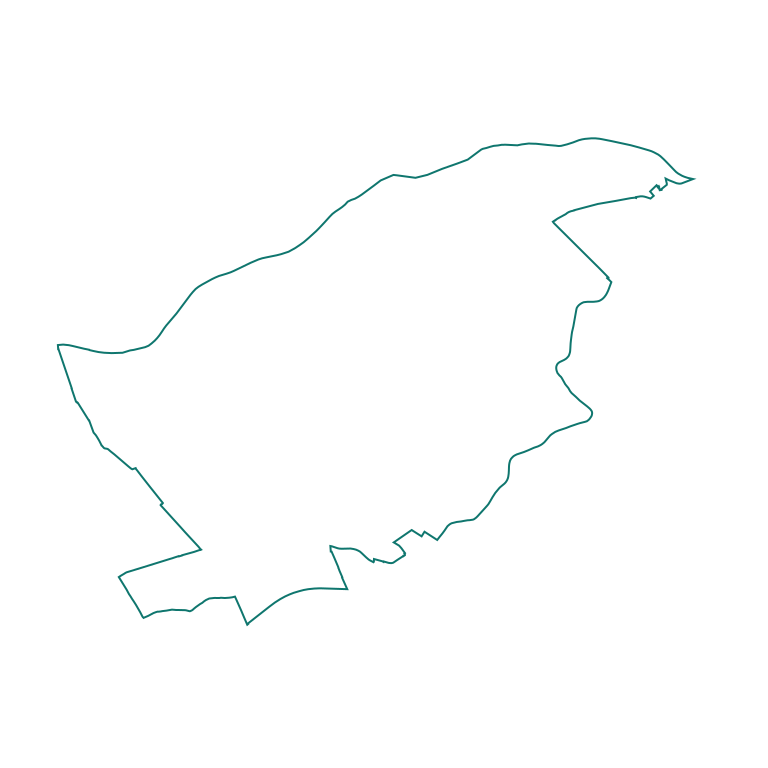 the district of Krimpenerwaard, Zuid-Holland, Netherlands, rotated 176°
{"feature_id": "6326949B8164801118031", "entity_name": "Krimpenerwaard", "entity_type": "district", "adm_level": 2, "iso_a3": "NLD", "parent_name": "Netherlands", "parent_adm1": "Zuid-Holland", "projection": "albers", "projection_center": [4.738, 51.956], "detail": "fine", "context": "isolated", "style": "outline", "palette": "teal", "viewbox_px": 768, "rotation_deg": 176, "n_neighbors": 0, "source": "geoboundaries", "source_scale": "gbopen_adm2", "svg_char_len": 6034}
<svg xmlns="http://www.w3.org/2000/svg" viewBox="0 0 768 768"><g transform="rotate(176 384 384)"><path d="M615.3,278.7L596.7,255.1L592.9,250.2L580.3,234.5L579.0,232.6L578.0,231.5L578.8,231.2L579.7,231.2L585.4,229.7L597.2,227.3L597.2,227.1L597.5,227.0L600.6,226.3L600.8,226.3L600.9,226.6L602.1,226.3L605.7,225.4L607.1,225.0L610.3,224.3L636.6,218.1L653.9,214.1L655.1,213.6L656.1,213.0L659.9,211.1L662.0,209.9L655.1,196.8L653.1,192.3L651.7,189.9L650.3,187.2L648.8,184.6L646.8,180.9L643.1,173.3L641.3,169.1L640.8,168.2L640.3,167.8L640.2,167.8L640.1,167.5L635.5,169.1L629.9,171.6L627.5,172.3L625.8,172.7L624.5,172.6L622.4,172.7L621.1,172.9L616.9,173.1L611.2,173.7L606.8,173.0L605.0,172.9L598.7,172.3L597.4,172.1L593.8,170.9L593.3,170.9L591.6,171.5L590.7,172.0L589.3,173.1L587.2,174.6L582.8,177.3L580.5,178.4L578.6,179.8L576.7,180.9L573.3,182.2L568.1,182.4L563.2,182.0L562.1,182.1L560.6,182.0L557.7,181.6L553.4,181.6L550.3,181.8L547.5,182.3L546.6,179.9L542.3,168.1L539.7,160.5L537.2,153.4L536.2,154.1L536.4,154.6L514.0,169.8L508.1,173.6L502.4,176.7L497.4,179.0L492.8,180.7L488.6,182.0L483.2,183.2L478.5,184.1L473.9,184.6L467.8,184.8L463.5,184.7L460.5,184.5L435.0,181.9L439.4,193.9L439.3,194.1L439.1,194.2L441.4,200.7L442.2,203.4L442.4,203.8L442.3,204.2L442.5,204.8L445.8,214.4L448.0,220.5L448.8,220.6L448.8,221.2L448.8,226.1L447.3,225.7L441.7,223.4L440.0,222.9L437.7,222.6L428.9,222.2L425.9,221.5L423.5,220.7L421.4,219.6L419.7,218.5L418.2,217.0L413.9,212.3L411.6,210.0L410.4,209.1L407.0,207.0L406.8,207.3L406.6,207.3L406.5,207.5L406.2,210.1L398.1,207.3L396.9,206.5L396.7,207.0L392.1,205.3L391.3,205.1L389.3,204.8L388.2,204.9L387.2,205.1L383.1,207.5L377.5,210.6L377.3,210.6L377.0,211.0L376.7,210.8L375.1,211.8L375.2,212.5L375.4,212.4L375.5,213.1L375.2,213.2L375.4,213.6L374.9,213.9L378.1,219.0L380.2,221.7L385.3,225.3L366.6,236.4L357.1,229.4L353.9,233.8L341.8,224.7L339.3,227.5L336.2,230.8L333.9,233.5L330.6,237.7L328.6,239.2L327.4,239.9L326.1,240.4L321.0,241.3L316.8,241.5L313.4,241.9L310.3,242.2L308.0,242.2L305.5,242.4L304.6,242.5L303.5,242.9L301.3,244.3L299.7,245.7L289.5,255.5L288.2,256.9L286.0,260.0L283.8,263.3L280.6,267.6L276.1,272.3L275.0,273.2L270.8,276.2L269.5,277.4L268.7,278.4L267.9,279.5L267.4,280.5L266.9,281.6L266.5,282.9L265.9,285.7L265.5,288.7L265.1,292.7L264.8,294.7L264.4,296.4L263.6,298.7L262.5,300.5L261.3,301.7L259.9,302.9L258.6,303.6L256.5,304.5L249.1,306.4L244.8,307.8L238.7,310.0L234.8,311.0L232.1,312.1L230.3,313.1L228.1,314.7L226.9,315.9L223.4,319.5L221.7,321.2L219.9,322.4L216.5,324.3L212.9,325.5L205.4,327.4L201.0,328.8L194.2,330.6L191.3,331.3L186.3,332.2L184.2,332.7L182.4,333.9L181.5,334.7L179.9,336.6L179.1,337.8L178.8,338.6L178.5,339.8L178.4,340.3L178.4,341.0L178.6,342.2L179.0,343.0L179.5,343.8L180.4,345.0L182.9,347.5L189.9,353.8L193.4,357.7L197.5,361.9L198.9,364.0L200.3,367.0L203.2,371.1L206.2,377.5L206.7,378.3L206.9,378.7L208.5,380.4L209.2,381.5L210.1,382.7L210.7,384.6L211.0,386.0L211.1,387.5L211.0,388.8L210.7,389.9L210.3,390.7L209.8,391.6L208.7,392.7L207.3,393.6L202.5,395.5L200.5,396.6L199.3,397.6L198.0,398.9L197.5,399.7L196.9,401.0L196.3,402.6L196.0,403.9L195.6,406.8L195.0,411.5L194.5,414.4L193.4,420.0L192.8,422.7L191.1,428.2L187.0,444.5L186.5,446.2L185.5,447.7L184.2,449.0L182.6,450.1L181.1,450.9L179.3,451.6L178.1,451.7L175.2,451.8L169.0,451.4L166.1,451.5L164.3,451.7L163.2,452.0L161.9,452.6L160.8,453.2L159.4,454.2L158.0,455.5L156.3,457.5L155.2,459.2L154.0,461.3L153.1,463.2L150.1,469.8L152.1,472.1L153.6,473.6L153.0,473.8L153.6,474.7L153.0,474.9L160.6,483.8L176.8,502.3L203.2,532.5L204.2,534.1L203.7,534.4L202.7,534.9L202.2,535.0L201.9,535.2L202.1,535.3L199.1,537.0L190.8,540.8L189.2,541.9L187.5,542.7L185.5,543.3L183.6,543.6L182.1,543.9L182.1,544.1L158.0,548.7L140.0,550.5L125.0,552.2L120.7,552.4L119.5,551.9L119.3,552.3L119.4,552.9L115.2,553.3L113.2,553.2L111.4,552.8L109.6,552.2L105.2,550.4L101.8,552.9L105.1,557.5L98.2,563.3L97.5,562.5L97.4,562.1L97.5,561.8L97.3,561.3L96.1,562.2L95.9,561.7L96.4,561.4L96.1,560.0L95.7,560.1L95.4,558.1L93.8,558.2L93.9,558.6L93.6,558.8L93.8,559.0L88.0,563.0L87.9,564.4L88.3,566.5L88.7,569.3L85.5,567.4L78.2,563.9L76.2,563.4L74.9,563.2L73.3,563.3L61.4,566.9L66.5,568.4L69.7,569.7L72.1,570.9L75.7,573.3L77.7,575.0L79.1,576.6L84.6,583.2L89.2,588.6L92.3,591.9L94.4,593.7L98.4,596.2L100.8,597.5L103.2,598.5L113.2,602.2L121.3,605.0L139.6,610.3L149.1,612.9L151.9,613.6L155.9,614.3L160.3,614.6L166.4,614.5L169.4,614.2L172.6,613.6L178.5,611.8L184.6,610.3L190.7,609.2L193.1,609.2L196.2,609.8L203.9,611.0L215.2,613.0L219.3,613.4L222.8,613.8L229.9,613.4L234.3,612.8L246.0,614.2L249.9,614.4L253.8,614.0L258.0,613.9L261.6,613.2L265.4,612.3L269.1,611.7L270.8,611.0L284.8,602.0L295.6,598.8L310.9,594.6L326.1,589.6L338.2,587.5L356.7,591.3L360.0,591.9L373.1,587.3L380.1,582.7L393.0,574.5L396.4,572.6L400.0,570.9L403.8,569.9L407.5,568.4L410.3,565.7L413.5,563.4L416.5,561.6L420.4,559.4L423.7,557.2L426.6,554.6L431.9,549.5L438.3,543.6L440.8,541.4L449.3,534.7L454.3,531.0L458.4,528.5L463.1,525.8L470.0,522.6L477.6,520.7L482.0,519.9L492.7,518.5L496.8,517.9L500.5,517.0L508.6,514.2L525.9,507.3L529.3,506.1L533.5,505.0L541.0,503.3L544.8,502.0L548.3,500.6L558.5,495.9L562.3,493.9L565.3,491.9L568.2,489.2L570.8,486.5L586.1,468.8L597.1,457.6L599.6,454.7L601.8,451.8L604.5,448.4L607.1,445.6L609.7,443.2L613.0,440.7L616.2,438.6L619.8,437.4L631.2,435.5L635.0,435.2L642.6,433.4L653.4,433.8L661.0,434.7L666.6,435.8L671.6,437.2L675.5,438.4L675.6,438.7L680.7,440.1L691.8,443.6L695.6,444.7L701.3,445.7L706.6,445.6L706.6,442.0L706.4,442.1L706.2,441.1L695.8,401.5L696.0,401.4L692.5,387.9L691.7,387.1L691.6,387.4L690.8,386.7L680.8,367.9L680.6,368.0L677.1,355.8L675.0,353.0L673.7,350.6L672.1,347.4L670.4,343.4L670.1,342.8L670.1,342.4L669.5,341.9L668.0,339.9L667.3,339.3L664.9,338.7L664.3,338.5L663.7,338.1L661.3,335.7L657.9,332.6L644.7,319.6L642.6,317.6L641.7,316.9L641.0,316.5L637.6,317.4L637.4,316.8L637.5,316.7L636.4,315.2L631.9,308.4L624.7,297.8L615.4,284.3L612.9,280.7L613.0,280.4L613.5,280.1L613.7,279.8L615.1,279.3L615.3,278.7Z" fill="none" stroke="#0f766e" stroke-width="2"/></g></svg>